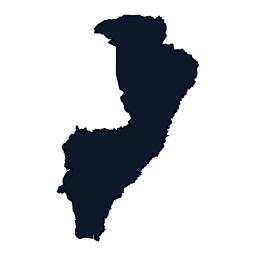 Valledupar, Cesar, Colombia
{"feature_id": "7082276B67264617376503", "entity_name": "Valledupar", "entity_type": "district", "adm_level": 2, "iso_a3": "COL", "parent_name": "Colombia", "parent_adm1": "Cesar", "projection": "natural_earth1", "projection_center": [-73.4, 10.343], "detail": "fine", "context": "isolated", "style": "filled", "palette": "ink", "viewbox_px": 256, "rotation_deg": 0, "n_neighbors": 0, "source": "geoboundaries", "source_scale": "gbopen_adm2", "svg_char_len": 5859}
<svg xmlns="http://www.w3.org/2000/svg" viewBox="0 0 256 256"><path d="M104.7,20.8L98.0,25.0L95.3,28.2L94.7,29.4L95.6,30.4L94.7,32.5L98.4,32.8L99.5,32.3L101.8,33.7L103.9,33.8L106.7,37.1L107.7,37.2L108.8,38.5L111.4,38.6L112.5,39.6L112.1,40.5L110.9,40.6L108.8,42.6L116.7,46.4L116.6,73.8L120.1,89.1L121.5,88.8L121.3,89.5L123.5,91.1L125.7,94.5L125.2,95.7L124.3,95.1L123.2,95.8L123.1,95.0L122.2,96.6L121.4,96.6L120.9,98.0L121.7,98.3L121.2,100.1L122.3,100.6L122.1,101.2L123.4,102.7L124.7,105.7L124.4,107.5L125.7,110.3L126.6,111.4L129.2,112.3L131.7,117.6L131.3,119.5L128.6,121.6L129.3,124.2L130.3,124.4L130.9,125.7L129.8,126.8L129.0,125.1L128.1,125.0L126.8,126.0L127.1,127.3L125.4,126.6L124.1,126.9L123.3,128.3L122.5,128.1L121.7,128.6L121.1,127.0L119.3,128.7L117.6,129.0L117.6,130.6L115.7,130.7L114.1,128.9L113.2,130.6L112.2,130.2L109.8,130.5L104.7,128.7L103.0,129.4L102.7,130.2L102.1,129.4L100.6,130.6L98.8,129.7L97.3,130.1L95.8,129.5L95.2,130.2L93.2,130.6L93.5,131.5L92.9,132.8L91.7,133.2L88.8,131.4L86.8,131.1L85.9,130.0L86.0,128.5L85.3,128.2L84.4,129.4L82.7,129.8L81.3,129.5L79.4,130.9L77.0,126.3L76.4,127.6L76.6,130.8L75.7,131.4L74.3,134.8L72.0,134.5L70.5,135.5L69.4,137.8L69.6,139.4L67.0,141.5L65.9,143.5L64.3,143.9L64.3,144.7L63.3,145.0L62.4,147.2L63.4,149.7L64.7,149.6L64.5,150.6L65.2,151.3L64.3,152.1L64.6,152.6L66.0,152.8L65.3,154.3L66.3,155.2L65.5,155.8L66.3,158.3L65.4,160.6L66.5,163.2L65.3,163.5L64.9,166.0L65.6,167.0L66.1,166.6L67.0,169.0L67.3,168.4L68.4,168.9L68.7,167.7L69.4,168.5L71.2,168.1L71.0,169.0L73.1,169.3L70.8,169.9L69.5,171.1L67.6,171.8L65.9,174.1L63.3,179.4L63.4,182.9L64.3,184.4L59.0,187.5L57.6,191.6L59.3,192.8L60.9,191.6L61.5,192.8L62.3,192.9L65.6,190.8L65.6,192.7L67.0,192.6L66.9,194.5L68.1,198.0L69.3,199.4L71.5,200.6L72.8,203.0L73.4,210.6L74.7,212.5L76.3,217.6L76.0,218.6L77.7,221.2L75.5,220.8L76.8,226.6L75.7,229.8L75.6,234.3L76.5,236.0L77.3,237.0L78.8,237.0L79.0,238.5L84.7,236.9L92.5,238.0L92.4,232.6L94.6,234.8L94.5,236.1L95.0,237.0L94.4,237.7L94.9,238.8L94.4,239.4L95.3,238.8L95.9,239.5L95.9,238.6L96.4,238.8L96.6,238.3L97.2,238.7L96.7,239.6L97.7,240.2L98.0,239.8L97.9,240.5L98.4,240.6L99.3,238.3L98.5,237.8L98.6,235.2L99.6,235.3L99.4,234.8L100.0,234.8L100.2,233.6L101.2,233.6L101.5,232.9L101.1,233.0L100.9,232.1L101.5,232.4L101.8,231.4L103.3,231.6L103.9,230.4L103.5,230.0L103.6,229.2L104.2,229.1L103.6,228.8L104.2,226.8L103.8,226.0L103.7,226.5L103.2,226.2L103.3,225.3L102.8,224.7L104.1,222.4L103.8,221.6L104.3,220.3L103.6,219.0L104.0,218.8L103.7,217.8L104.5,216.9L105.4,217.6L105.5,217.2L106.2,217.3L106.9,216.5L107.0,215.0L107.9,214.8L107.7,213.4L108.3,212.5L107.9,212.4L108.3,211.7L107.9,211.0L109.8,209.3L109.5,208.3L110.1,208.2L109.6,207.8L110.0,207.8L109.9,206.8L110.7,206.1L111.4,203.3L111.9,203.5L111.8,202.5L112.7,201.8L112.3,201.5L113.4,200.3L113.0,199.3L113.4,199.3L113.3,198.5L114.3,199.0L113.9,198.3L114.7,197.2L115.7,197.7L115.9,198.6L117.0,198.4L117.9,196.9L118.7,197.7L120.5,197.0L120.1,196.5L121.0,195.5L120.2,195.5L120.5,194.6L121.1,194.6L121.0,193.0L123.1,192.2L122.7,191.3L123.3,190.2L123.4,189.1L123.0,188.8L123.4,187.9L124.6,186.9L126.5,186.3L127.8,184.0L128.3,184.4L128.9,183.8L129.2,184.3L130.0,182.6L130.8,182.2L130.9,183.0L131.8,183.0L133.5,181.9L134.0,182.1L135.7,178.9L136.5,179.0L137.2,176.7L137.9,176.1L138.5,176.2L138.1,175.3L139.1,174.7L139.7,174.9L139.5,173.8L140.3,174.0L139.9,173.3L140.6,172.6L139.6,172.6L139.8,171.3L141.0,170.0L141.5,168.7L142.0,168.7L142.6,167.0L143.4,167.5L143.5,166.0L144.3,166.2L144.5,164.9L144.5,165.9L145.8,165.7L145.8,164.2L146.4,164.1L147.4,162.6L148.0,163.0L148.3,162.6L148.2,162.0L147.3,162.2L147.3,161.6L148.3,161.4L148.9,159.9L149.6,160.8L150.2,159.1L151.2,159.1L151.7,157.5L152.8,157.3L152.8,156.5L154.7,156.6L155.0,155.7L156.3,155.8L156.7,154.9L157.4,155.6L157.9,153.8L158.7,153.2L158.3,152.2L161.3,149.4L161.4,147.6L162.4,147.8L163.6,146.3L163.5,145.6L162.8,145.7L162.8,144.7L161.5,144.9L161.2,144.3L162.7,143.3L163.2,142.0L164.6,142.2L165.3,140.7L164.2,139.6L164.6,138.7L163.7,137.7L165.2,137.7L166.2,136.4L167.6,135.7L166.5,135.4L165.8,134.1L167.6,131.0L165.9,130.5L166.7,129.1L166.2,128.0L166.6,127.6L167.1,128.1L168.7,128.1L169.0,127.3L167.9,127.7L167.2,126.6L169.3,124.8L169.2,123.3L170.6,123.8L171.5,122.4L171.0,121.0L170.3,121.8L169.7,121.5L170.3,119.9L169.3,118.6L170.2,118.6L171.0,117.3L172.2,117.7L172.0,115.7L172.8,116.2L173.7,115.8L172.8,114.8L174.2,113.8L174.3,111.8L174.9,112.6L176.6,111.0L176.4,109.3L178.2,108.5L178.1,106.5L177.5,105.5L179.7,103.9L179.0,101.5L179.5,101.4L179.9,100.0L181.0,100.0L180.2,98.4L182.2,97.6L181.5,97.0L181.5,96.0L182.9,96.9L182.6,96.1L183.5,96.1L183.7,94.8L185.7,94.4L185.9,93.3L185.2,93.3L184.9,92.6L186.0,92.3L186.0,91.3L186.7,91.3L187.1,87.8L188.1,87.5L189.0,88.8L189.7,88.5L189.7,87.5L190.8,87.2L191.1,85.9L192.1,85.5L192.6,85.9L193.4,83.9L194.2,83.6L194.1,82.4L194.9,81.9L194.3,81.6L193.8,80.3L194.0,77.7L195.3,77.7L195.1,77.3L196.0,76.7L196.0,75.4L196.5,75.5L196.8,73.7L196.4,72.7L196.8,72.1L196.0,71.1L196.4,70.1L196.1,69.5L196.5,67.8L198.4,65.1L197.3,63.5L197.2,62.0L196.4,62.0L194.8,60.1L193.5,59.8L193.2,58.9L191.8,58.3L191.2,55.5L187.3,54.6L186.4,53.7L186.3,52.9L184.8,52.3L182.5,49.3L180.2,49.9L179.7,50.5L178.1,49.8L174.7,50.4L174.1,50.1L173.2,47.9L172.8,44.8L171.6,44.1L169.1,45.3L167.3,45.4L166.6,44.6L163.7,44.4L162.4,45.6L161.2,45.8L161.9,43.9L161.5,43.1L162.7,41.8L162.4,41.3L163.1,40.5L162.9,39.9L163.6,39.9L165.9,36.2L165.9,35.0L165.0,34.6L165.1,33.8L164.5,33.2L166.1,28.9L165.2,28.1L166.0,27.1L165.2,23.9L163.6,23.2L163.2,21.5L163.5,20.2L161.2,19.6L160.9,17.7L159.9,17.6L159.0,16.5L158.0,17.9L157.2,17.9L154.8,20.0L152.5,17.5L151.3,17.5L150.2,16.5L143.6,17.4L142.7,16.7L141.5,17.0L139.9,15.4L131.8,15.9L128.0,15.4L126.7,16.0L126.0,15.4L124.1,15.5L121.3,17.6L120.1,17.1L116.6,19.7L114.2,19.5L112.1,20.2L108.8,19.8L106.6,20.8L104.7,20.8Z" fill="#0f172a" stroke="#020617" stroke-width="1.5"/></svg>